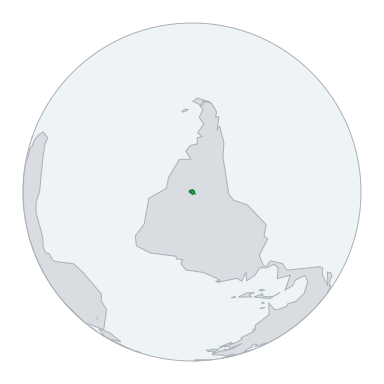 Concepción on an orthographic globe, rotated 172°
{"feature_id": "PRY-603", "entity_name": "Concepción", "entity_type": "Department", "adm_level": 1, "iso_a3": "PRY", "parent_name": "Paraguay", "parent_adm1": "", "projection": "orthographic", "projection_center": [-57.042, -22.793], "detail": "fine", "context": "on_globe", "style": "filled", "palette": "green", "viewbox_px": 384, "rotation_deg": 172, "n_neighbors": 0, "source": "natural_earth", "source_scale": "10m", "svg_char_len": 5073}
<svg xmlns="http://www.w3.org/2000/svg" viewBox="0 0 384 384"><g transform="rotate(172 192 192)"><circle cx="192" cy="192" r="169" fill="#eef3f6" stroke="#a8b0b8"/><path d="M148.4,28.8L142.3,30.5L138.8,31.8L139.0,32.2L150.8,30.3L149.2,31.7L150.9,32.8L154.3,31.3L154.2,30.0L160.9,28.0L160.0,27.2L162.6,26.5L163.8,25.7L169.4,24.9L174.2,24.8L173.5,25.6L175.6,25.7L181.0,24.5L184.2,26.2L194.3,28.0L194.5,28.9L186.4,30.4L174.4,31.0L163.9,35.0L176.6,31.7L176.9,34.6L179.4,35.0L182.8,34.7L185.0,33.5L186.3,34.6L174.3,37.7L172.9,36.8L176.7,35.6L171.1,36.1L163.0,39.1L163.8,40.8L150.7,45.0L151.1,46.5L148.4,48.5L148.7,45.8L148.0,51.0L132.7,59.9L131.4,71.3L126.3,63.6L120.6,64.0L113.4,66.0L113.0,67.8L104.1,69.3L94.9,76.1L89.9,86.8L91.7,93.5L101.8,90.5L105.5,85.1L113.4,82.1L106.2,95.9L119.6,94.4L117.3,104.7L121.0,109.1L128.2,106.4L135.4,107.7L141.1,100.9L150.1,96.6L149.8,104.9L155.1,96.8L159.9,100.3L178.0,99.0L176.5,100.9L191.7,110.7L208.8,115.6L212.8,122.4L210.7,126.3L216.7,127.9L216.8,130.6L241.5,137.3L254.5,146.3L254.3,156.4L243.9,166.7L235.5,191.9L217.0,199.0L213.0,209.9L199.9,226.1L188.6,224.6L192.6,233.2L187.0,238.4L179.9,238.9L179.3,245.1L174.1,245.5L178.1,249.5L170.9,258.1L174.5,264.8L169.6,272.1L172.1,276.1L169.8,276.1L167.7,277.9L167.9,280.3L160.2,277.1L156.5,268.0L158.1,263.1L155.0,262.7L158.3,250.4L155.4,253.1L153.6,236.1L156.5,222.0L155.9,184.7L151.8,178.0L138.9,171.5L123.1,149.3L126.8,138.9L123.6,135.0L134.1,120.2L131.7,109.1L128.1,108.1L124.2,113.0L112.3,108.5L108.7,101.3L75.7,100.3L73.1,98.1L74.4,92.1L70.6,80.2L69.0,94.0L66.1,92.8L65.1,88.8L67.4,86.3L69.0,79.8L67.5,79.6L73.1,72.0L76.8,68.4L85.7,60.6L95.2,53.5L105.1,47.1L115.4,41.4L126.1,36.4L137.1,32.2L148.4,28.8ZM129.8,75.7L145.3,79.3L135.8,81.5L137.7,80.0L134.0,78.1L126.7,77.2L118.6,80.3L129.8,75.7ZM138.4,67.6L135.7,67.6L138.4,67.1L138.4,67.6ZM160.6,26.2L162.2,26.0L161.1,26.2L160.6,26.2ZM159.7,26.3L157.4,26.8L156.6,26.9L158.0,26.6L159.7,26.3ZM160.3,26.0L162.7,25.7L155.5,27.1L154.2,27.3L155.4,27.1L160.3,26.0ZM173.6,284.3L161.1,278.4L167.9,280.9L171.4,276.9L178.4,281.7L173.6,284.3ZM184.4,274.2L189.2,272.1L190.7,273.3L187.7,275.0L184.4,274.2ZM302.2,63.9L299.0,61.8L302.9,68.8L299.3,67.7L292.7,63.6L283.3,53.5L292.3,57.2L289.1,54.4L280.4,48.7L283.9,50.5L281.5,48.9L284.2,50.5L283.7,50.1L302.2,63.9ZM353.0,243.1L350.9,246.7L346.1,258.3L344.2,259.2L340.8,265.4L336.4,269.7L331.1,272.2L327.3,265.8L331.1,259.6L335.3,245.2L342.8,213.9L347.9,203.3L349.3,193.3L346.1,168.2L347.1,157.9L345.3,152.0L342.0,150.7L339.4,143.8L337.1,142.2L319.3,137.4L311.3,127.7L295.8,103.5L297.1,96.6L292.9,87.5L298.7,67.6L305.0,71.5L315.2,76.8L317.4,79.0L321.6,84.5L333.1,99.1L339.6,109.8L345.3,120.9L350.1,132.5L354.1,144.4L357.2,156.5L359.4,168.8L360.6,181.3L361.0,193.8L360.4,206.3L358.8,218.7L356.4,231.0L353.0,243.1ZM302.6,78.8L303.9,81.2L302.6,78.8ZM178.6,98.8L180.7,100.4L177.8,100.5L178.6,98.8ZM134.1,84.8L137.5,84.4L139.2,85.3L136.5,86.1L134.1,84.8ZM164.0,81.4L168.1,81.8L163.7,82.7L164.0,81.4ZM147.8,79.8L160.7,81.5L152.1,84.5L144.0,83.7L149.8,82.3L147.8,79.8ZM136.0,71.8L138.1,71.9L137.2,73.3L136.0,71.8ZM140.4,67.3L139.6,67.5L138.7,66.7L140.4,67.3ZM177.6,34.4L178.6,34.2L181.9,34.2L180.1,34.8L177.6,34.4ZM198.4,32.0L200.0,33.9L197.6,32.7L195.3,33.6L187.3,32.6L194.1,29.3L192.5,30.8L198.4,32.0ZM178.5,31.0L182.8,31.6L177.8,31.1L178.5,31.0ZM265.4,39.9L268.6,41.4L270.8,42.7L268.5,42.0L265.3,40.0L265.4,39.9ZM282.0,49.0L276.4,46.2L276.8,46.0L273.7,44.3L272.5,43.4L270.6,42.5L282.0,49.0ZM185.6,23.2L186.4,23.1L183.4,23.4L179.1,23.5L182.0,23.7L176.8,24.0L179.4,24.1L169.9,24.5L165.4,25.2L171.6,24.3L173.0,24.1L185.6,23.2ZM214.1,24.5L212.8,24.3L211.1,24.5L211.9,25.3L204.6,24.4L199.1,23.5L195.5,23.1L214.1,24.5ZM320.0,81.8L316.6,77.9L317.7,79.1L320.0,81.8ZM307.8,69.2L308.3,69.5L312.3,73.5L311.2,72.5L307.8,69.2ZM305.2,66.6L308.1,69.3L305.9,67.2L305.2,66.6ZM342.2,269.4L342.3,269.2L343.5,266.9L342.2,269.4Z" fill="#d9dde1" stroke="#a8b0b8" stroke-width="1"/><path d="M189.5,189.9L189.5,190.0L189.8,190.0L190.0,190.0L190.3,190.0L190.5,190.2L190.8,190.2L191.0,190.2L191.1,190.3L191.4,190.3L191.5,190.2L191.5,190.3L191.8,190.3L192.0,190.3L192.3,190.4L192.4,190.5L192.5,190.5L193.1,190.7L193.3,190.7L193.2,190.7L193.2,190.8L193.0,191.0L192.9,191.0L192.9,191.3L192.9,191.5L192.9,191.8L193.0,191.8L193.0,192.0L192.9,192.2L192.9,192.3L193.0,192.3L193.1,192.2L193.2,192.3L193.3,192.3L193.4,192.2L193.5,192.1L193.7,191.9L193.8,191.9L194.0,191.7L194.1,191.8L194.5,192.8L194.5,193.0L194.4,193.0L194.3,193.3L194.2,193.3L194.1,193.5L193.9,193.7L193.8,193.8L193.7,193.8L193.4,193.9L193.2,193.9L192.9,193.9L192.7,193.9L192.4,193.9L192.2,193.9L192.0,194.0L191.9,194.0L191.7,194.0L191.4,194.1L191.2,194.1L190.9,194.0L190.9,193.9L190.8,193.7L190.7,193.6L190.8,193.6L190.8,193.4L190.7,193.4L190.6,193.2L190.4,193.1L190.4,192.9L190.2,192.9L190.0,192.7L189.9,192.4L190.0,192.3L190.0,192.2L189.9,192.2L189.7,191.9L189.6,191.7L189.8,191.6L190.0,191.6L189.9,191.4L189.8,191.0L189.8,190.9L189.7,190.6L189.5,190.4L189.4,190.3L189.5,190.1L189.4,189.9L189.5,189.9L189.5,189.9Z" fill="#22c55e" stroke="#15803d" stroke-width="1.5"/></g></svg>